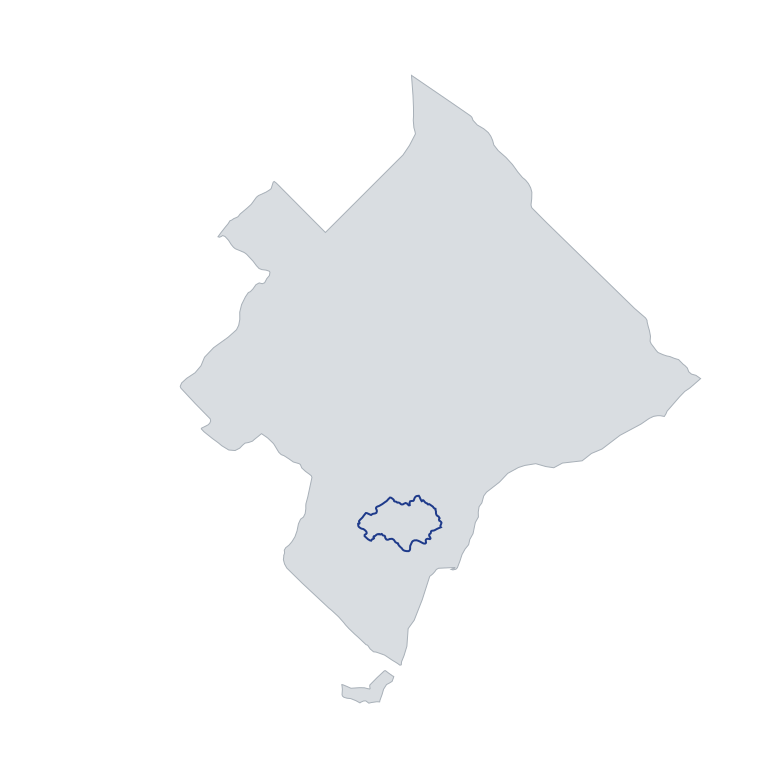 location of Cuanza Norte within Angola, rotated 224°
{"feature_id": "AGO-1878", "entity_name": "Cuanza Norte", "entity_type": "Province", "adm_level": 1, "iso_a3": "AGO", "parent_name": "Angola", "parent_adm1": "", "projection": "albers", "projection_center": [14.948, -8.858], "detail": "fine", "context": "in_parent", "style": "outline", "palette": "blue", "viewbox_px": 768, "rotation_deg": 224, "n_neighbors": 0, "source": "natural_earth", "source_scale": "10m", "svg_char_len": 7393}
<svg xmlns="http://www.w3.org/2000/svg" viewBox="0 0 768 768"><g transform="rotate(224 384 384)"><path d="M605.7,374.6L606.4,379.5L607.1,386.3L607.5,391.2L608.0,393.4L608.2,394.5L607.5,395.8L606.9,398.7L605.8,401.2L605.2,403.0L605.6,406.4L604.6,416.1L604.3,421.0L605.5,429.7L605.2,432.3L602.1,440.2L601.1,444.2L600.9,446.2L603.9,452.2L603.7,453.4L601.3,453.7L599.3,453.7L531.4,452.3L529.6,553.3L529.4,561.9L531.4,573.3L535.1,585.7L536.7,586.9L540.6,589.2L546.1,594.0L549.1,597.5L555.3,603.8L563.6,611.7L578.6,625.1L527.4,633.8L507.8,637.0L506.0,636.9L503.1,635.5L496.9,635.1L489.5,636.9L483.6,637.3L479.3,636.4L475.1,634.7L471.0,632.2L463.9,631.2L453.7,631.7L444.0,631.1L434.6,629.4L427.8,628.7L423.8,629.0L419.4,628.5L414.8,627.0L410.9,624.7L406.3,619.7L402.7,615.0L401.7,614.3L400.6,613.6L399.5,613.4L379.3,613.0L256.2,612.4L241.9,613.2L240.8,613.0L239.0,612.5L237.8,611.4L233.7,608.8L230.2,606.8L225.4,603.4L222.3,599.6L219.7,598.5L215.1,597.8L211.6,597.2L208.8,597.0L203.9,598.8L200.1,600.6L197.5,602.3L192.8,604.2L189.0,606.2L182.2,606.0L180.7,606.3L176.9,606.2L173.3,604.5L169.7,604.7L165.7,606.9L160.0,607.8L161.2,593.8L162.5,587.6L162.5,580.2L161.5,561.1L160.5,558.5L159.8,555.4L163.4,553.0L165.2,551.2L167.6,548.0L169.3,543.5L171.3,533.7L178.6,511.0L182.0,488.7L186.5,478.2L188.1,466.4L200.7,451.1L203.7,441.7L210.3,437.0L219.5,432.1L226.1,423.3L229.3,417.3L232.9,405.7L232.8,393.6L235.1,377.4L234.5,372.8L231.0,366.4L230.4,361.8L227.2,357.3L223.7,353.9L222.1,347.8L216.0,338.2L214.3,331.8L211.5,327.2L211.0,321.5L209.4,315.5L206.5,309.6L203.6,302.8L203.6,300.7L205.3,298.1L207.0,297.2L206.5,298.5L205.3,300.1L205.6,301.2L216.8,289.3L217.5,286.9L217.1,284.3L217.0,281.1L217.5,277.4L206.7,255.5L198.2,235.1L196.7,224.8L185.4,211.3L180.9,202.5L178.4,196.3L176.5,194.0L177.2,192.8L180.1,192.4L186.5,191.0L195.3,189.4L203.4,185.7L205.5,184.1L209.9,183.8L214.3,184.7L215.9,184.0L216.8,184.0L227.1,183.9L231.4,183.7L239.4,183.7L244.4,184.0L247.2,184.4L255.0,185.0L264.6,184.8L268.0,184.5L280.6,184.3L304.3,183.9L316.7,184.0L326.1,184.1L330.4,185.4L334.4,187.8L336.1,190.1L337.0,191.0L338.1,193.4L340.3,195.2L341.0,198.1L340.4,202.0L340.7,206.7L341.9,212.2L344.5,217.9L348.4,224.0L350.1,228.8L349.5,232.3L350.7,236.0L353.6,240.0L355.7,242.1L357.0,243.7L360.3,249.7L370.9,266.7L372.5,267.5L374.9,267.3L379.9,266.6L384.8,266.5L388.3,268.0L389.8,267.7L395.1,264.9L400.4,264.1L406.0,263.0L408.9,261.8L412.2,261.8L421.2,264.2L422.9,264.4L430.2,264.4L437.6,263.2L438.8,253.5L438.9,251.6L440.7,248.0L442.9,244.9L443.2,241.8L443.2,237.7L444.9,232.7L449.8,228.7L457.8,226.9L462.3,226.6L469.5,225.6L480.3,224.6L484.3,224.8L484.6,225.4L482.2,232.3L482.1,234.6L482.9,236.9L484.7,238.2L506.3,238.8L527.0,239.9L528.1,240.3L529.0,240.8L530.3,244.3L529.9,251.0L527.7,260.8L528.3,270.0L531.7,278.6L531.8,291.8L528.6,309.4L527.8,320.6L529.3,325.3L532.6,330.3L537.7,335.5L541.6,342.2L544.2,350.4L545.1,355.5L544.3,357.6L544.3,361.3L545.1,366.5L544.0,370.0L541.2,371.6L540.2,373.9L541.5,378.4L541.8,382.5L543.7,385.2L545.0,385.4L547.9,384.0L551.4,381.4L554.1,380.3L558.0,380.5L563.4,381.4L573.0,381.9L575.9,381.5L584.9,378.0L587.3,377.8L590.8,378.2L595.7,379.4L600.8,379.7L603.2,378.7L603.5,377.2L604.3,375.3L605.7,374.6ZM205.5,138.3L204.9,139.0L200.8,140.6L196.4,142.2L190.7,148.5L187.8,151.2L187.0,151.9L184.3,153.4L182.4,154.7L182.5,155.4L183.8,156.2L185.1,157.6L185.0,167.8L184.5,177.9L183.8,178.8L180.2,179.2L175.3,179.9L173.8,180.4L173.2,179.4L171.6,175.7L172.5,172.2L173.4,169.6L172.3,164.2L169.8,159.5L167.1,153.5L166.3,152.3L168.5,150.4L171.8,146.1L173.2,143.9L177.0,143.4L178.5,141.8L179.5,139.4L179.8,137.9L184.2,136.7L189.4,134.6L192.3,132.3L195.2,130.8L197.1,130.7L198.3,131.3L201.7,135.3L204.6,137.8L205.5,138.3Z" fill="#d9dde1" stroke="#a8b0b8" stroke-width="1"/><path d="M292.3,261.1L293.1,262.0L293.0,262.8L292.7,263.7L292.8,264.6L293.6,265.3L294.8,265.6L296.2,265.6L297.2,265.5L298.1,265.3L299.6,264.4L300.4,264.1L302.0,263.8L303.0,263.8L303.7,264.0L303.9,264.1L304.8,264.8L305.3,265.3L305.5,265.5L305.4,265.6L304.9,266.0L304.8,266.6L305.2,267.2L306.0,267.4L306.7,268.0L306.9,269.8L306.8,271.4L306.8,273.2L307.1,275.1L307.3,277.2L307.4,277.8L307.4,278.6L306.7,279.2L303.0,280.5L302.3,280.8L302.2,281.4L302.1,281.9L301.9,282.7L300.5,284.7L300.0,286.0L300.3,286.7L300.8,287.6L301.6,288.2L303.3,288.9L303.8,289.6L303.9,290.4L303.6,291.3L302.8,292.9L301.8,296.4L301.2,299.8L300.9,301.1L300.8,301.8L300.8,302.8L300.9,304.0L300.8,306.5L300.4,306.8L300.1,307.0L299.6,307.2L298.1,307.4L296.7,307.5L296.3,307.3L295.6,306.9L295.3,306.8L294.8,306.9L294.3,307.2L293.9,307.5L293.4,307.8L293.1,307.9L292.5,307.9L292.1,307.9L291.8,308.2L291.2,308.8L290.9,309.0L290.1,309.3L288.6,309.3L287.8,309.5L286.8,310.5L286.4,312.0L285.8,313.4L284.4,314.0L282.8,313.9L282.2,313.9L281.7,314.0L281.3,314.7L283.2,316.4L283.7,317.9L282.8,319.1L281.7,320.4L281.8,321.1L282.6,322.8L282.9,323.7L283.0,325.0L282.7,326.0L282.2,326.7L281.3,327.8L280.9,327.7L280.4,327.6L280.1,327.5L277.1,326.3L276.0,326.0L275.7,325.9L275.4,325.9L275.3,326.3L275.4,327.1L275.3,327.4L274.8,327.7L271.9,327.4L270.5,327.8L270.4,327.8L269.9,328.1L269.5,328.0L269.2,327.9L268.7,327.9L268.5,328.1L268.2,328.7L268.0,329.0L267.7,329.1L263.8,329.7L263.4,329.7L262.6,329.5L261.3,329.5L261.1,329.5L260.8,329.6L260.6,329.8L260.3,330.0L260.0,329.8L259.4,329.2L259.2,329.0L258.2,328.5L257.9,328.2L256.9,327.2L256.3,326.8L255.6,326.4L254.8,326.2L254.0,326.2L252.7,326.6L252.2,326.4L251.0,326.2L250.7,326.0L250.6,325.1L250.5,324.9L250.4,324.8L249.7,324.3L249.3,324.1L248.8,324.3L248.0,324.4L247.0,324.4L246.4,324.2L245.9,323.5L245.0,321.3L244.0,320.4L243.6,320.4L245.1,316.9L246.0,314.0L246.4,313.2L247.6,311.7L247.8,311.0L247.8,310.7L247.2,309.8L246.7,308.9L246.8,308.3L247.0,307.5L246.7,306.8L246.0,306.2L244.1,305.7L243.2,305.1L243.2,304.4L243.7,303.9L244.5,303.5L245.2,302.9L245.7,301.9L245.7,301.2L245.6,300.8L245.4,300.5L244.1,299.5L243.5,299.0L243.4,298.5L243.6,297.7L244.9,296.7L249.1,295.5L250.7,294.9L252.0,294.2L252.7,293.5L253.4,292.8L253.8,292.0L254.1,291.2L254.2,290.3L254.0,289.5L252.7,285.8L251.8,284.7L250.9,283.8L250.3,283.0L250.1,282.4L250.0,282.1L250.1,281.0L251.5,279.6L253.1,278.5L254.3,278.0L254.9,277.9L255.8,277.9L256.3,278.0L257.1,278.2L257.3,278.2L258.9,278.1L259.2,278.1L259.7,278.2L260.6,278.1L260.8,278.2L262.4,278.5L262.5,278.5L262.8,278.7L262.9,279.0L263.1,279.1L263.3,279.1L263.8,278.8L264.8,278.4L265.9,278.2L266.4,278.2L267.3,278.5L268.4,278.7L268.9,278.7L269.5,278.6L270.5,278.3L270.7,278.2L270.9,278.0L271.0,277.8L271.6,277.2L272.1,276.7L272.3,276.3L272.7,275.2L272.9,274.9L273.2,274.5L273.7,274.1L274.1,273.9L274.3,273.8L274.6,273.8L275.1,274.0L275.3,274.0L275.6,274.0L275.8,274.1L276.2,274.2L276.5,274.4L276.6,274.5L276.8,274.6L276.9,274.8L277.0,274.9L277.2,275.0L277.4,275.1L277.8,275.2L278.1,275.2L278.4,275.1L279.2,274.6L279.5,274.4L279.9,274.4L280.5,274.4L280.8,274.4L281.2,274.6L281.4,274.6L281.6,274.5L281.7,274.4L281.8,273.7L282.0,273.3L282.3,273.0L282.5,272.9L282.9,272.9L283.0,272.9L283.2,272.5L283.5,272.1L283.9,272.0L284.0,272.0L284.1,271.8L284.3,271.3L284.4,271.1L284.6,270.8L284.7,270.3L284.8,269.0L285.0,268.1L285.3,267.8L285.5,267.5L285.5,267.3L285.4,267.0L285.2,266.5L285.0,266.3L284.8,266.2L284.6,266.2L284.3,266.3L284.1,266.3L284.0,266.1L284.0,265.7L284.2,264.9L284.5,264.2L284.7,263.6L284.4,262.4L285.3,261.8L287.7,261.2L291.7,261.1L292.3,261.1Z" fill="none" stroke="#1e3a8a" stroke-width="2"/></g></svg>